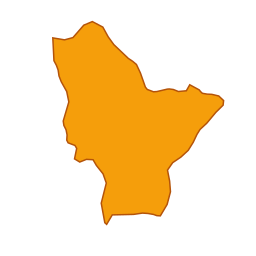 the Province of Bitlis, rotated 280°
{"feature_id": "TUR-2311", "entity_name": "Bitlis", "entity_type": "Province", "adm_level": 1, "iso_a3": "TUR", "parent_name": "Turkey", "parent_adm1": "", "projection": "mercator", "projection_center": [42.405, 38.524], "detail": "fine", "context": "isolated", "style": "filled", "palette": "amber", "viewbox_px": 256, "rotation_deg": 280, "n_neighbors": 0, "source": "natural_earth", "source_scale": "10m", "svg_char_len": 1021}
<svg xmlns="http://www.w3.org/2000/svg" viewBox="0 0 256 256"><g transform="rotate(280 128 128)"><path d="M143.4,65.2L153.3,61.3L162.0,54.2L167.3,51.0L173.0,49.1L177.3,46.6L181.4,43.4L203.7,38.3L203.8,50.2L207.5,58.1L221.6,66.6L226.6,74.4L223.0,85.7L214.4,92.6L207.7,99.5L196.6,116.2L194.5,121.0L192.0,125.3L184.3,130.7L171.3,138.0L169.3,140.3L168.1,146.8L168.9,150.1L173.1,159.9L173.6,161.8L173.8,165.9L172.7,171.3L174.8,179.0L181.3,181.3L177.9,191.5L176.4,193.2L175.1,195.2L175.1,200.0L175.7,204.7L175.3,211.8L171.6,217.4L167.0,217.7L158.7,211.8L146.5,204.8L139.1,199.2L133.6,197.0L125.2,194.7L116.5,191.2L108.6,185.2L101.6,178.0L93.4,174.2L83.0,178.2L72.6,180.9L59.5,179.8L47.1,175.1L46.7,171.6L47.3,168.2L47.3,162.5L46.7,157.0L43.9,148.5L39.7,127.6L29.4,123.7L30.7,121.6L49.3,114.7L70.0,116.2L78.5,111.4L85.6,103.4L90.7,99.1L89.9,92.5L86.1,86.4L88.3,80.7L99.0,81.0L101.6,78.8L103.0,71.6L105.4,69.8L110.6,69.2L115.5,67.3L119.4,64.4L123.6,63.0L143.4,65.2Z" fill="#f59e0b" stroke="#b45309" stroke-width="1.5"/></g></svg>